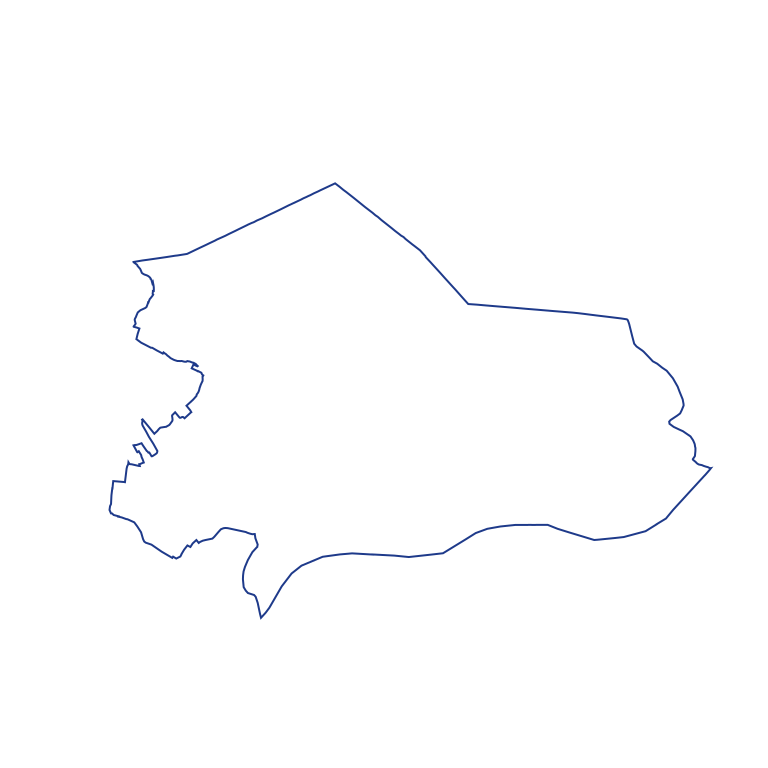 Ostrov, Constanta, Romania, rotated 166°
{"feature_id": "2599482B6584350262118", "entity_name": "Ostrov", "entity_type": "district", "adm_level": 2, "iso_a3": "ROU", "parent_name": "Romania", "parent_adm1": "Constanta", "projection": "orthographic", "projection_center": [27.443, 44.076], "detail": "fine", "context": "isolated", "style": "outline", "palette": "blue", "viewbox_px": 768, "rotation_deg": 166, "n_neighbors": 0, "source": "geoboundaries", "source_scale": "gbopen_adm2", "svg_char_len": 6088}
<svg xmlns="http://www.w3.org/2000/svg" viewBox="0 0 768 768"><g transform="rotate(166 384 384)"><path d="M94.7,217.8L89.1,221.7L87.2,223.2L87.3,223.2L88.8,224.0L89.9,225.0L91.4,225.8L93.5,227.1L95.2,228.4L96.9,229.2L98.1,229.8L98.9,230.6L99.6,231.4L100.5,233.0L102.4,235.6L102.6,236.0L102.5,236.4L99.9,238.7L99.7,239.0L98.6,242.1L98.1,243.5L97.3,246.5L97.3,248.2L97.1,249.9L97.1,250.9L97.7,254.6L99.3,259.0L105.4,265.9L108.2,268.1L113.3,272.3L116.6,276.3L116.4,278.5L114.7,279.7L110.2,281.3L107.1,282.4L103.8,283.8L101.5,286.5L98.5,290.6L98.2,292.1L97.9,296.8L99.1,305.2L99.7,310.4L102.3,319.7L106.5,328.5L110.1,332.5L114.0,337.6L117.7,341.0L119.8,344.8L124.2,352.5L125.3,354.0L129.9,359.3L131.5,362.6L131.5,362.9L131.6,370.4L131.6,375.1L131.6,382.6L131.7,384.3L132.0,386.9L132.7,388.0L138.2,390.3L148.1,394.1L154.9,396.7L161.5,399.2L163.8,400.1L165.9,400.9L172.3,403.4L178.6,405.8L183.3,407.5L203.8,414.4L216.7,418.8L227.1,422.3L237.8,426.0L245.5,428.6L256.5,432.3L265.6,435.4L274.6,438.5L282.9,441.2L285.2,445.5L289.3,453.3L291.9,458.3L293.6,461.4L299.3,472.0L302.5,478.1L307.8,487.9L309.4,490.9L312.8,497.0L312.9,497.9L316.7,505.0L321.2,510.7L323.0,512.9L323.2,513.2L326.2,517.1L328.1,519.6L329.5,521.9L331.4,523.7L333.4,526.3L336.2,529.8L338.8,533.3L340.8,535.9L346.9,543.8L349.6,547.7L351.5,549.8L353.7,552.9L359.6,560.3L368.2,571.7L374.1,579.3L376.5,582.2L379.3,586.0L382.9,590.5L393.6,588.4L399.2,587.3L401.4,586.8L405.8,586.0L408.3,585.4L410.0,585.0L411.9,584.7L414.2,584.2L417.2,583.7L420.0,583.0L424.0,582.2L433.3,580.4L441.9,578.5L449.6,576.9L452.3,576.4L458.1,575.2L462.1,574.3L467.7,573.4L470.8,572.6L472.0,572.4L473.2,572.3L475.4,571.9L477.1,571.6L478.8,571.2L485.9,569.7L487.8,569.3L491.4,568.5L498.2,567.1L502.1,566.2L505.4,565.6L508.3,565.1L511.1,564.6L513.4,564.0L515.9,563.5L519.4,562.8L522.7,562.1L526.2,561.4L529.3,560.8L533.7,559.9L543.4,557.9L544.2,557.9L553.4,558.7L555.6,559.0L562.2,559.6L564.4,559.8L573.4,560.7L583.1,561.7L585.8,562.0L588.5,562.3L597.5,563.0L597.5,562.7L597.2,562.4L596.3,561.3L595.5,560.3L594.9,559.6L594.6,558.9L594.6,558.3L594.2,557.5L593.7,556.5L592.8,554.8L592.6,553.9L592.3,552.1L592.1,550.5L591.8,550.0L590.9,549.0L589.9,548.1L588.9,547.5L587.6,546.6L586.5,545.6L585.7,544.5L585.1,543.5L585.1,542.5L584.8,542.3L584.5,541.5L584.4,537.8L583.6,538.7L583.7,537.0L583.7,536.4L583.8,535.1L584.0,533.5L584.5,531.2L584.9,529.9L585.7,530.2L585.8,529.8L586.7,527.4L586.3,526.6L587.2,525.7L589.9,523.6L590.7,523.1L592.3,520.9L592.9,520.0L593.2,520.2L593.5,519.5L595.0,517.3L595.9,516.1L597.3,515.5L602.5,514.5L605.6,513.0L607.8,510.1L608.3,509.3L609.9,507.5L610.3,506.8L610.4,506.3L610.4,504.1L610.4,502.6L611.1,501.9L613.0,500.4L613.0,500.1L610.3,498.6L607.9,497.0L610.9,492.2L613.4,487.4L609.6,482.8L606.5,480.1L601.4,475.6L600.1,475.2L596.4,471.6L592.6,468.2L591.3,467.0L590.3,468.0L588.9,466.3L588.3,465.7L587.3,464.0L586.2,462.7L585.2,461.3L584.9,460.8L582.2,458.4L581.2,457.7L578.9,456.3L578.1,456.1L577.0,455.8L576.2,455.5L575.2,455.4L574.6,455.2L572.6,454.1L571.6,453.7L570.8,453.5L570.1,453.5L569.5,453.8L569.2,453.8L568.8,453.6L568.2,453.3L567.0,452.8L565.1,451.4L564.3,451.0L563.9,450.8L563.5,450.6L563.1,450.1L561.9,449.1L561.1,447.6L560.4,446.5L560.8,446.3L564.2,449.0L566.8,445.7L563.1,442.8L561.9,441.7L561.4,441.2L561.1,441.1L561.0,441.3L558.5,439.1L558.3,437.7L558.0,436.9L557.6,436.4L557.3,436.1L557.8,435.6L557.7,435.5L558.3,434.9L558.9,432.1L559.4,430.7L560.3,429.7L561.9,427.7L563.9,424.7L564.7,423.1L565.7,421.5L566.8,420.3L568.2,419.2L568.9,417.8L573.0,415.0L580.9,410.7L578.4,405.4L577.8,403.3L578.1,403.2L585.8,399.0L586.7,400.3L587.0,400.6L587.6,400.8L588.0,400.8L588.8,400.6L589.4,400.5L589.8,400.5L590.2,400.6L590.6,401.1L593.5,407.1L597.1,404.9L597.3,404.5L597.4,404.1L597.5,402.7L597.8,400.6L598.2,399.6L598.8,399.0L601.9,396.4L602.3,396.2L603.2,395.9L604.8,395.5L605.5,395.2L610.9,395.7L611.7,395.7L611.9,395.6L613.6,394.6L615.4,393.2L618.9,391.3L622.5,399.1L626.8,408.1L627.4,407.9L627.1,406.8L628.1,404.7L628.3,403.8L628.3,402.6L628.2,401.9L626.3,395.3L624.9,389.7L622.3,381.9L620.1,373.8L620.5,372.9L620.9,372.2L621.5,371.7L623.2,371.0L625.9,370.1L626.5,370.0L627.0,370.1L628.3,374.3L629.1,374.3L629.3,374.5L629.5,375.1L629.8,375.8L630.4,376.4L632.7,382.5L633.6,385.2L636.5,384.9L637.9,384.8L639.0,384.7L641.1,385.1L641.9,385.1L640.0,377.8L639.9,377.5L639.8,377.4L639.6,377.4L639.3,377.6L639.1,377.7L638.2,378.1L637.6,376.2L636.9,374.1L636.8,373.6L636.9,372.4L636.8,371.3L636.4,369.2L636.2,366.9L636.1,365.9L638.1,365.7L640.2,365.3L640.7,365.4L640.9,365.4L640.8,363.5L641.7,363.8L648.4,367.2L649.7,367.6L650.3,367.9L650.9,369.9L651.5,368.3L652.1,367.4L653.1,366.3L654.2,364.2L659.1,351.4L660.0,351.8L670.2,355.3L671.0,353.2L672.7,348.4L672.9,348.5L675.4,341.9L677.9,333.6L679.4,331.7L680.8,328.2L680.2,324.5L679.2,324.2L678.0,322.3L673.5,319.8L673.8,319.5L670.8,318.0L666.8,315.3L665.6,314.8L659.8,310.2L657.8,305.4L655.6,298.9L655.3,291.8L654.8,289.2L653.6,287.7L648.5,284.4L640.3,275.1L631.5,266.5L630.4,267.5L627.8,264.9L623.3,265.9L622.8,266.5L621.8,267.6L621.8,267.8L618.0,271.6L613.8,274.9L611.3,272.7L608.2,275.6L603.8,278.0L602.2,274.6L600.9,275.2L597.8,275.8L594.8,275.8L595.0,275.8L587.9,275.5L585.6,276.8L580.4,280.5L577.4,282.5L574.7,282.9L572.8,282.7L570.4,281.9L564.7,279.1L553.9,273.8L552.4,272.6L550.0,271.1L548.1,270.1L545.7,269.7L546.1,265.4L545.4,258.8L546.4,256.6L546.5,256.6L552.4,252.7L558.7,246.1L563.2,240.1L565.6,236.1L567.0,232.5L568.1,228.8L569.3,220.8L568.1,216.9L566.6,214.1L561.1,210.7L560.0,208.6L559.5,202.2L559.9,191.1L559.9,186.9L554.2,190.7L549.3,194.7L532.2,212.4L519.5,222.5L508.0,227.7L485.3,231.2L467.9,229.3L460.5,228.1L456.0,227.4L442.5,223.2L436.1,221.2L436.1,221.3L415.5,215.0L401.8,210.1L379.8,207.1L367.7,205.5L342.0,213.6L331.0,217.2L330.9,217.2L318.8,218.5L305.6,217.6L290.8,215.5L274.9,211.6L275.0,211.6L259.2,207.7L250.6,201.5L240.9,195.6L217.8,181.8L214.3,181.2L196.5,178.6L188.4,177.5L165.8,177.9L153.4,181.9L153.4,182.0L142.8,185.3L142.1,185.9L133.8,192.0L125.5,197.5L113.3,205.6L94.8,217.8L94.7,217.8Z" fill="none" stroke="#1e3a8a" stroke-width="2"/></g></svg>